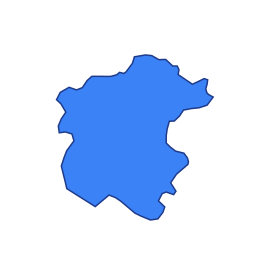 Jeongeup-si, North Jeolla, South Korea (Mercator projection), rotated 304°
{"feature_id": "91817680B14892127844453", "entity_name": "Jeongeup-si", "entity_type": "district", "adm_level": 2, "iso_a3": "KOR", "parent_name": "South Korea", "parent_adm1": "North Jeolla", "projection": "mercator", "projection_center": [126.936, 35.604], "detail": "fine", "context": "isolated", "style": "filled", "palette": "blue", "viewbox_px": 256, "rotation_deg": 304, "n_neighbors": 0, "source": "geoboundaries", "source_scale": "gbopen_adm2", "svg_char_len": 1178}
<svg xmlns="http://www.w3.org/2000/svg" viewBox="0 0 256 256"><g transform="rotate(304 128 128)"><path d="M190.6,93.5L184.1,95.5L173.4,95.0L170.9,94.0L169.4,89.9L165.8,88.9L161.2,84.9L158.7,81.3L155.7,76.7L150.6,69.1L144.5,67.6L135.9,67.6L130.8,64.0L128.8,56.4L119.6,51.9L111.5,52.9L110.5,59.0L106.4,67.6L98.3,67.6L90.7,69.1L85.8,73.5L85.6,73.7L89.7,78.3L91.7,84.9L87.1,90.4L75.0,89.9L67.9,91.5L59.2,94.0L54.1,99.6L48.6,105.7L43.5,111.2L44.5,144.8L47.0,145.5L56.7,148.3L61.8,149.8L63.3,156.4L63.3,163.0L61.8,176.7L61.3,181.3L62.3,188.4L64.3,198.0L65.6,199.5L69.4,203.6L77.5,204.1L83.1,202.6L84.6,194.0L92.7,193.0L96.3,195.5L98.3,203.1L102.4,203.1L106.4,194.0L116.6,194.0L122.2,195.5L131.3,198.0L133.8,197.0L136.4,194.0L138.4,188.4L135.4,180.3L135.9,173.2L136.9,168.1L143.0,164.0L149.1,161.0L156.7,158.5L159.7,162.5L166.8,164.0L173.9,164.0L179.5,169.6L184.6,175.7L191.2,180.8L201.3,181.3L200.8,176.2L201.3,173.7L203.9,170.6L208.5,169.1L212.5,167.1L211.5,163.5L205.4,160.0L200.3,156.9L200.3,150.8L200.3,144.2L200.3,139.7L204.9,137.6L206.9,134.1L204.4,130.5L205.9,120.9L201.9,115.3L201.3,107.2L198.3,101.6L190.6,93.5Z" fill="#3b82f6" stroke="#1e3a8a" stroke-width="1.5"/></g></svg>